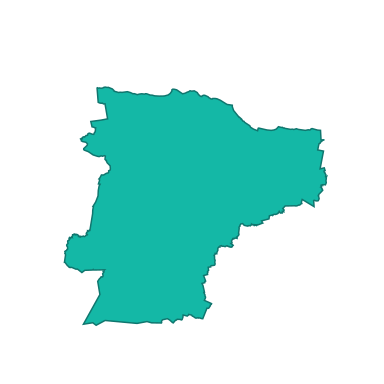 outline of Central Hawke's Bay District, Hawke's Bay, New Zealand, rotated 255°
{"feature_id": "76426892B41441178851735", "entity_name": "Central Hawke's Bay District", "entity_type": "district", "adm_level": 2, "iso_a3": "NZL", "parent_name": "New Zealand", "parent_adm1": "Hawke's Bay", "projection": "equal_earth", "projection_center": [176.584, -40.056], "detail": "fine", "context": "isolated", "style": "filled", "palette": "teal", "viewbox_px": 384, "rotation_deg": 255, "n_neighbors": 0, "source": "geoboundaries", "source_scale": "gbopen_adm2", "svg_char_len": 5999}
<svg xmlns="http://www.w3.org/2000/svg" viewBox="0 0 384 384"><g transform="rotate(255 192 192)"><path d="M92.4,52.9L91.4,62.3L88.1,64.9L90.4,74.8L79.3,104.9L78.5,115.0L76.1,119.1L73.4,128.6L73.7,128.9L75.1,129.1L76.2,130.4L76.0,135.4L74.3,137.2L71.0,139.3L70.4,140.0L72.4,142.9L72.3,143.7L72.9,144.7L71.9,147.9L71.2,148.4L71.3,149.4L73.4,150.8L75.5,151.6L73.4,155.3L74.1,156.8L74.6,157.1L73.2,159.8L72.0,160.2L71.7,160.8L69.4,162.7L69.1,163.5L69.0,165.4L68.6,165.5L68.3,167.1L67.4,168.1L66.8,169.6L75.9,176.4L75.4,177.7L75.6,178.3L77.3,180.2L78.1,180.5L78.5,181.6L79.1,182.0L84.1,175.9L86.4,177.7L87.2,177.9L87.9,177.6L89.3,177.9L91.7,177.4L91.9,177.4L91.9,178.1L98.7,178.4L101.1,178.0L101.1,180.9L102.2,181.2L102.4,182.1L108.3,181.6L108.3,185.7L109.7,185.8L110.1,186.4L111.2,186.4L111.9,187.7L115.1,188.2L114.8,190.7L115.6,190.9L115.9,191.7L115.6,192.8L115.5,194.9L116.5,195.7L118.2,195.8L120.2,196.7L121.2,196.4L124.0,197.1L125.1,196.9L125.6,198.0L126.7,198.5L125.9,199.9L127.4,200.5L129.0,201.9L130.8,202.3L131.9,203.5L131.6,204.8L132.5,205.0L132.6,206.5L131.8,206.9L131.6,208.2L130.6,209.9L131.1,211.3L130.6,212.0L130.8,212.3L129.4,213.7L129.6,214.0L128.8,214.9L128.6,215.6L128.5,216.1L128.9,216.3L128.9,216.8L129.6,217.2L129.7,217.9L130.7,217.6L131.6,216.6L132.2,216.3L132.1,216.9L132.9,217.6L134.4,217.4L135.7,218.7L135.8,219.3L136.4,219.4L136.0,220.3L136.4,220.4L136.1,222.6L135.6,223.4L136.6,223.5L136.4,223.8L136.9,223.9L138.3,226.0L139.2,226.5L139.8,226.2L144.5,228.1L145.9,228.3L146.6,229.5L147.2,229.5L148.5,230.8L148.4,232.7L146.3,233.8L144.9,236.4L144.9,237.0L144.6,237.2L144.9,237.7L144.7,238.9L144.2,239.4L145.0,240.7L144.8,241.1L145.2,241.2L144.8,241.4L145.1,241.8L144.8,242.4L143.5,243.5L143.8,243.9L144.3,243.8L143.8,245.2L143.6,244.9L143.6,245.3L143.2,245.2L142.8,245.7L143.5,246.9L143.2,247.4L143.7,252.3L144.5,251.7L145.6,252.2L146.1,251.9L146.1,259.4L149.0,260.6L149.0,263.9L148.5,264.0L149.2,265.0L149.0,266.4L148.7,266.8L148.8,268.5L149.2,269.1L149.0,269.3L149.4,270.1L150.7,271.2L148.8,271.9L148.4,273.7L149.2,273.8L149.3,274.5L149.8,274.5L149.1,275.5L149.9,275.6L150.7,276.3L152.5,275.4L154.4,278.4L152.0,288.1L151.6,288.7L151.5,290.3L151.8,291.6L151.5,292.7L152.3,294.1L152.4,295.1L153.8,295.0L156.3,296.5L146.3,306.1L152.3,307.3L152.3,308.1L151.3,309.5L150.9,311.2L151.0,311.8L152.1,312.6L152.2,313.3L152.2,313.0L154.8,313.2L155.6,312.9L155.9,313.5L156.7,313.6L159.8,318.7L161.3,318.6L161.6,318.1L162.7,318.3L163.4,317.6L163.9,318.6L165.1,318.4L165.3,319.8L164.7,320.1L165.0,320.3L165.0,321.4L164.4,322.7L166.2,324.1L168.2,324.3L170.2,325.2L171.5,325.3L171.7,325.8L172.2,326.1L172.0,325.4L172.3,325.0L174.2,325.8L175.4,325.3L175.9,325.5L176.4,325.0L177.7,324.9L178.4,325.3L178.7,325.8L178.5,326.1L181.1,326.0L181.2,321.7L197.5,329.6L200.1,324.3L205.7,327.1L205.9,328.3L206.9,328.9L207.2,330.3L207.9,331.1L208.2,333.4L208.9,330.1L218.3,332.1L219.3,329.3L222.2,324.4L222.1,323.2L221.3,322.3L221.2,322.4L222.0,320.4L222.2,317.4L225.0,310.8L226.1,309.2L226.0,306.6L226.7,305.3L227.0,303.4L229.5,298.1L230.0,297.7L230.1,296.9L231.1,296.0L231.2,295.1L232.7,292.4L231.0,289.8L230.7,287.3L231.0,284.5L232.5,280.5L236.5,273.0L236.4,272.4L234.2,271.2L236.8,267.7L239.4,265.3L241.0,265.0L245.6,260.9L246.9,260.4L247.3,259.5L248.8,259.0L249.6,258.3L249.8,258.6L252.1,257.1L252.0,256.8L259.9,253.3L263.9,253.0L265.4,253.4L267.5,248.5L273.3,243.1L275.6,240.2L276.4,238.4L277.0,236.2L276.6,235.6L277.0,234.5L279.0,232.5L279.8,232.2L282.1,229.4L282.5,227.9L282.1,226.3L281.7,226.1L282.2,225.0L284.5,223.5L286.7,222.8L289.1,220.4L289.5,217.7L290.3,216.3L289.7,214.7L289.7,213.2L289.2,211.1L289.3,208.3L294.6,203.7L295.7,201.8L296.3,200.1L296.0,199.1L294.6,198.6L292.8,196.4L291.9,194.1L291.9,190.0L293.0,185.5L294.5,180.9L295.8,178.7L296.5,176.6L298.5,173.8L299.0,172.4L298.8,171.6L299.9,168.8L300.2,166.5L300.2,164.3L301.8,162.0L302.3,160.2L303.9,158.4L305.6,155.6L306.3,150.3L307.0,148.3L307.1,146.9L309.5,142.9L310.2,142.9L312.2,141.7L314.8,138.2L314.9,137.2L315.9,135.1L315.7,134.3L315.9,133.7L315.5,132.6L315.8,130.9L316.5,129.4L316.5,128.4L317.2,127.6L317.0,127.2L302.9,124.6L301.9,125.8L301.2,127.3L301.1,128.3L300.0,129.3L299.7,130.8L284.5,129.4L285.0,122.6L286.3,112.5L280.8,112.3L280.0,113.9L279.1,114.7L278.9,115.5L275.2,114.1L274.8,113.3L273.1,112.0L273.7,110.5L275.3,108.4L275.4,107.3L275.2,106.6L273.8,105.7L274.0,104.3L272.9,102.5L273.3,102.0L273.3,101.0L273.0,100.3L271.9,99.9L272.4,99.1L272.1,98.1L271.0,98.6L270.1,98.3L269.0,99.4L267.5,102.4L265.6,103.5L264.2,102.8L262.0,98.7L261.2,98.4L260.4,98.7L257.8,102.3L253.4,106.1L250.9,110.0L250.2,111.5L250.5,113.5L249.7,114.8L249.8,116.7L249.1,117.6L246.1,116.4L244.9,117.0L244.7,117.5L243.8,117.3L242.0,117.7L238.5,119.7L235.3,119.1L234.4,118.6L234.1,117.0L232.7,116.6L232.2,116.2L232.2,114.0L231.3,111.0L231.9,108.9L229.6,106.8L228.7,105.5L228.4,105.9L226.9,105.6L224.0,103.7L223.3,105.2L221.8,103.8L217.8,101.9L212.5,100.2L207.3,96.4L203.7,92.6L203.5,93.0L200.1,91.4L196.8,90.4L181.5,83.5L181.8,83.1L181.6,82.6L180.8,82.0L181.6,81.1L180.9,80.9L179.5,79.2L177.8,79.9L177.6,79.5L177.8,78.5L177.1,77.8L176.8,76.3L177.6,75.6L177.4,74.4L177.8,73.2L177.3,72.4L178.0,71.5L178.4,71.8L178.5,70.8L179.5,71.0L180.5,70.3L180.7,68.9L181.1,69.1L181.3,68.6L181.0,68.2L181.7,67.7L181.4,67.3L181.8,67.0L181.4,66.3L181.6,65.6L179.3,64.6L179.3,64.3L179.8,64.1L179.4,63.3L179.2,63.5L179.4,62.7L179.1,62.6L179.8,61.9L179.1,61.3L178.5,61.5L178.3,61.1L177.8,61.4L177.1,60.5L177.1,59.5L176.5,59.1L174.3,58.9L173.8,57.8L173.2,57.2L172.2,57.1L171.4,57.6L169.0,57.1L168.8,56.3L167.9,55.6L167.9,54.8L167.5,53.8L166.7,53.9L165.5,53.3L165.2,53.7L163.8,53.5L157.1,50.6L157.0,51.1L153.1,52.6L151.9,53.6L151.1,53.8L150.5,54.9L150.6,55.5L150.1,56.6L147.5,59.9L147.2,61.4L142.7,64.8L144.1,68.2L142.4,75.7L142.8,76.5L142.1,76.8L139.5,87.3L139.3,86.9L137.5,86.1L137.7,85.8L137.3,85.9L136.1,84.5L134.5,84.5L133.3,83.9L133.2,83.3L133.6,82.3L132.7,81.3L132.3,80.3L130.1,77.8L116.8,76.5L92.4,52.9Z" fill="#14b8a6" stroke="#0f766e" stroke-width="1.5"/></g></svg>